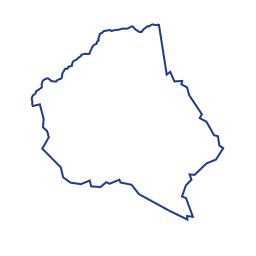 the district of Sevier, Tennessee, United States of America, rotated 171°
{"feature_id": "52423323B91175482939714", "entity_name": "Sevier", "entity_type": "district", "adm_level": 2, "iso_a3": "USA", "parent_name": "United States of America", "parent_adm1": "Tennessee", "projection": "mercator", "projection_center": [-83.473, 35.803], "detail": "fine", "context": "isolated", "style": "outline", "palette": "blue", "viewbox_px": 256, "rotation_deg": 171, "n_neighbors": 0, "source": "geoboundaries", "source_scale": "gbopen_adm2", "svg_char_len": 1829}
<svg xmlns="http://www.w3.org/2000/svg" viewBox="0 0 256 256"><g transform="rotate(171 128 128)"><path d="M199.8,89.5L193.3,83.0L183.3,79.9L174.0,82.1L173.5,76.1L164.4,74.0L157.9,77.9L154.9,75.8L144.6,78.3L143.9,75.3L133.4,71.4L127.6,61.0L100.0,39.7L83.7,28.3L83.5,31.8L77.8,30.2L81.7,49.8L85.4,51.9L79.8,62.2L73.4,67.0L74.4,72.5L69.6,71.3L55.9,80.8L46.1,83.0L37.1,93.2L40.5,96.4L40.5,105.8L44.1,107.4L49.6,122.0L55.6,126.5L52.9,130.0L62.5,151.0L63.3,158.8L68.4,162.8L67.1,166.0L74.9,166.7L77.5,176.8L81.4,174.7L81.3,225.0L82.0,225.4L83.0,225.0L84.6,225.3L87.2,226.4L88.9,226.2L90.0,225.8L90.4,225.4L91.6,225.0L92.5,225.5L97.4,223.0L99.5,220.7L100.9,220.8L101.9,221.2L104.4,223.4L106.6,225.9L106.8,227.1L107.4,227.5L108.6,227.7L110.5,227.1L111.8,226.5L113.9,226.3L116.2,226.8L118.6,227.0L122.4,226.4L124.7,226.8L129.3,226.4L130.3,227.6L136.7,227.5L139.0,225.9L141.0,225.4L142.7,221.9L143.4,220.8L143.1,219.3L143.2,219.1L144.5,218.5L145.4,217.8L145.4,216.7L145.8,216.2L148.7,215.3L151.1,213.0L152.2,211.0L154.0,208.6L154.4,207.3L156.0,207.3L158.9,208.1L162.6,207.6L162.8,207.4L163.0,206.6L165.8,205.2L167.8,203.9L168.6,203.4L171.0,202.8L172.3,201.8L173.7,198.8L173.6,198.3L176.5,197.8L177.2,197.9L177.6,197.0L178.7,196.1L179.2,195.9L179.8,196.4L180.5,196.4L180.9,196.2L183.9,192.6L184.6,191.5L184.8,190.5L184.8,189.6L185.4,188.4L186.1,187.4L186.9,187.0L187.6,187.2L190.8,186.1L191.7,185.1L196.4,186.2L197.4,187.8L199.2,189.5L199.9,189.7L202.7,189.0L204.4,188.3L205.6,186.6L206.5,184.4L206.6,182.1L207.1,181.4L209.8,180.0L211.7,179.3L213.1,178.5L213.8,176.8L215.1,176.0L216.5,175.3L217.6,174.1L218.4,172.4L218.6,170.2L218.2,169.2L218.6,167.9L218.9,166.9L218.8,165.7L218.5,164.6L211.4,165.2L209.9,150.0L211.9,141.9L208.3,137.4L207.7,131.2L215.9,121.0L200.5,99.6L199.8,89.5Z" fill="none" stroke="#1e3a8a" stroke-width="2"/></g></svg>